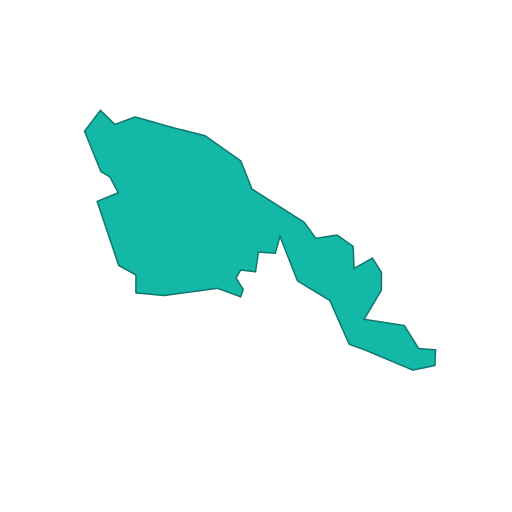 Balikchi, Andijon, Uzbekistan, rotated 26°
{"feature_id": "79887680B83783750285082", "entity_name": "Balikchi", "entity_type": "district", "adm_level": 2, "iso_a3": "UZB", "parent_name": "Uzbekistan", "parent_adm1": "Andijon", "projection": "albers", "projection_center": [71.96, 40.86], "detail": "fine", "context": "isolated", "style": "filled", "palette": "teal", "viewbox_px": 512, "rotation_deg": 26, "n_neighbors": 0, "source": "geoboundaries", "source_scale": "gbopen_adm2", "svg_char_len": 703}
<svg xmlns="http://www.w3.org/2000/svg" viewBox="0 0 512 512"><g transform="rotate(26 256 256)"><path d="M164.2,341.8L190.8,331.8L195.8,328.4L235.6,301.9L260.1,299.4L259.2,291.7L247.7,284.5L248.4,275.3L262.5,270.4L256.5,251.4L272.1,245.1L269.0,227.9L304.2,260.2L341.8,263.6L378.5,294.5L393.8,292.8L447.0,289.8L464.8,276.0L458.5,261.6L442.8,267.9L419.8,253.5L380.9,265.5L383.7,231.9L376.0,215.8L361.6,206.8L349.6,224.2L339.1,204.8L319.7,201.6L302.0,213.9L284.6,204.6L223.1,197.6L200.6,177.2L157.2,170.2L126.4,176.8L86.4,184.0L71.5,199.6L52.3,193.3L47.2,219.0L79.6,248.1L90.1,249.0L104.4,259.5L89.3,276.6L136.8,324.7L156.4,325.7L164.2,341.8Z" fill="#14b8a6" stroke="#0f766e" stroke-width="1.5"/></g></svg>